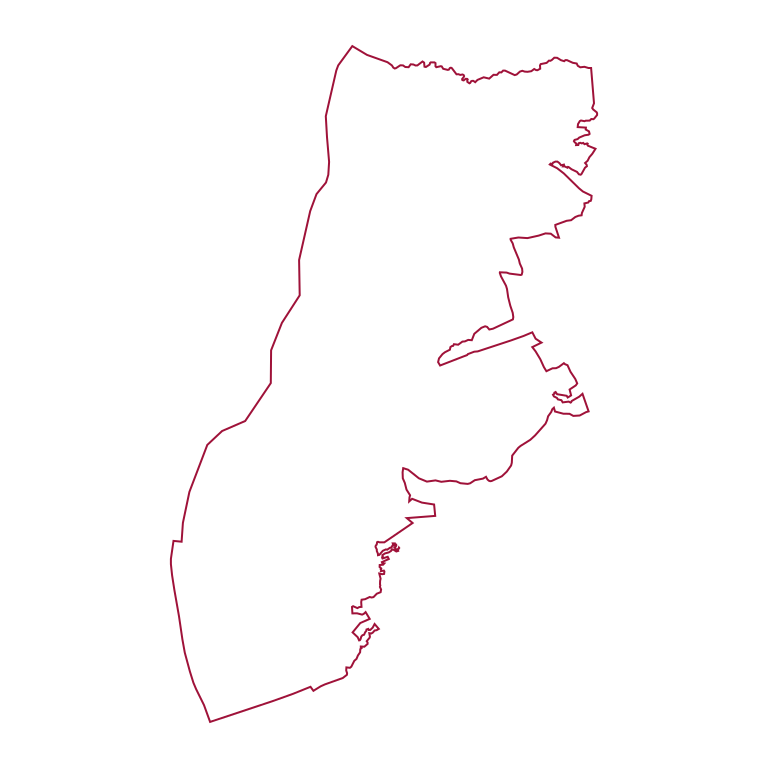 Galicea, Vâlcea, Romania (Albers equal-area conic projection)
{"feature_id": "2599482B8272038924488", "entity_name": "Galicea", "entity_type": "district", "adm_level": 2, "iso_a3": "ROU", "parent_name": "Romania", "parent_adm1": "Vâlcea", "projection": "albers", "projection_center": [24.314, 44.946], "detail": "fine", "context": "isolated", "style": "outline", "palette": "rose", "viewbox_px": 768, "rotation_deg": 0, "n_neighbors": 0, "source": "geoboundaries", "source_scale": "gbopen_adm2", "svg_char_len": 6031}
<svg xmlns="http://www.w3.org/2000/svg" viewBox="0 0 768 768"><path d="M378.8,628.9L374.6,624.0L372.7,627.6L370.3,629.9L368.8,630.0L368.3,628.9L366.5,629.5L366.3,630.9L365.1,632.3L364.1,634.7L362.5,635.2L361.3,636.5L360.6,639.0L359.9,640.2L359.1,640.4L357.7,637.2L352.6,632.4L360.3,623.0L369.7,618.9L365.6,612.1L363.7,613.9L362.1,614.6L357.0,613.3L352.4,613.4L352.0,606.9L353.1,606.2L357.4,608.1L359.2,607.1L361.5,606.9L361.2,602.1L361.6,599.7L365.1,599.2L369.7,597.0L371.6,597.5L373.5,597.1L376.8,593.7L380.6,592.2L381.1,589.5L379.9,586.9L380.3,585.3L380.0,584.4L380.1,580.9L380.6,578.7L379.3,573.6L382.2,574.2L384.1,573.9L384.4,571.4L383.9,570.6L381.0,571.1L381.3,570.2L380.7,569.2L381.2,568.4L379.6,567.0L379.7,565.0L383.1,564.7L384.3,563.4L382.3,563.1L381.9,562.1L388.8,559.0L387.7,556.8L382.5,558.5L382.1,557.7L382.2,557.0L382.8,556.6L382.4,555.1L385.0,553.4L388.8,552.4L391.1,550.9L391.5,549.9L393.4,549.6L396.3,551.5L398.2,550.9L397.9,549.9L399.2,548.0L398.9,547.6L398.5,548.8L396.3,549.7L394.5,547.4L395.7,546.7L396.3,545.5L396.2,544.8L395.4,545.1L394.9,543.4L392.8,543.4L393.6,545.4L393.1,545.6L392.8,545.0L392.6,545.7L391.7,546.5L391.6,547.7L389.9,547.8L387.2,549.7L385.9,549.4L382.8,550.8L379.3,554.9L378.0,555.2L377.9,553.6L376.8,551.0L376.8,549.5L375.5,546.8L375.8,545.5L376.7,544.6L377.1,542.2L378.0,541.8L379.4,542.3L384.4,542.3L412.6,523.0L406.8,518.1L435.2,515.9L434.1,504.5L421.9,502.6L412.1,498.8L409.2,501.4L409.5,497.3L410.1,495.3L406.5,489.6L404.8,482.9L402.8,478.3L402.6,472.2L403.2,468.2L408.1,469.7L418.9,478.3L426.9,481.6L435.5,480.4L441.3,481.8L449.9,480.8L456.4,481.4L460.4,483.2L467.7,483.9L470.1,483.3L474.8,480.2L483.0,478.6L486.0,476.8L487.4,479.4L488.8,480.7L490.2,481.2L491.6,481.0L501.8,476.3L506.8,471.6L511.1,465.5L511.8,462.8L512.2,455.6L518.3,447.8L520.6,445.9L530.3,439.8L535.1,435.4L545.5,423.7L547.1,420.1L548.1,416.3L551.2,412.0L552.3,409.2L553.9,407.7L555.0,411.5L563.3,413.7L569.5,413.8L573.3,415.9L579.7,415.5L586.1,412.1L588.6,411.4L582.5,393.8L579.2,396.7L571.7,401.0L571.1,402.3L570.6,402.6L568.7,401.6L562.7,402.4L561.4,400.2L557.9,399.4L556.9,397.9L553.9,396.4L553.0,394.7L554.4,393.7L554.4,392.6L555.6,392.0L557.1,394.2L566.7,395.8L567.7,397.5L568.9,396.8L571.1,395.4L569.6,389.5L575.8,385.4L577.2,383.4L575.3,379.0L570.5,371.8L567.5,365.2L565.0,364.2L563.9,363.2L558.9,366.9L556.0,368.2L552.5,368.3L546.4,371.2L543.9,367.1L540.3,359.2L535.6,351.4L532.3,347.1L541.5,342.6L535.6,338.7L532.3,332.3L523.5,336.0L510.8,340.5L477.7,351.4L474.2,351.7L467.9,354.1L467.2,355.0L440.1,365.5L438.1,362.1L439.0,358.4L442.5,354.1L445.0,352.2L449.9,349.7L450.4,347.1L451.8,346.1L453.2,345.8L453.9,344.2L458.2,344.7L462.4,341.6L464.9,341.4L468.2,339.9L471.8,340.2L474.3,333.8L481.4,327.8L485.1,326.3L487.1,326.9L489.3,329.5L493.0,328.7L512.9,319.4L513.3,317.1L512.7,312.8L510.3,305.7L508.2,297.3L507.0,289.0L506.0,285.7L501.0,276.4L499.8,272.9L499.9,272.3L506.7,272.6L509.5,273.6L520.8,275.0L521.7,274.6L522.4,271.9L522.1,268.6L519.8,263.5L518.9,259.6L513.8,247.4L512.7,243.4L510.6,239.7L510.6,238.8L518.4,237.5L527.5,238.1L538.7,235.6L545.5,233.4L550.8,233.7L555.6,237.4L559.0,237.7L555.4,226.8L555.3,224.9L566.6,220.8L571.1,220.2L575.3,217.0L578.6,215.7L581.6,215.3L581.9,213.0L584.7,206.8L584.4,203.4L588.3,202.5L589.1,201.1L590.7,200.9L591.3,199.3L591.6,195.8L582.9,191.5L579.0,188.3L563.8,173.4L557.1,168.2L549.8,164.5L550.6,163.6L552.3,164.1L553.0,162.7L555.4,161.6L557.4,161.6L559.4,163.1L561.1,165.3L563.9,164.6L564.0,165.1L563.2,166.4L564.7,166.4L567.4,167.7L567.9,166.9L568.5,167.0L571.6,169.3L577.0,171.9L578.9,174.3L580.7,174.7L581.5,174.0L585.0,167.7L586.9,166.2L586.6,164.7L585.1,163.0L587.6,160.8L589.4,157.2L592.3,153.8L595.5,148.8L587.9,145.7L587.3,144.7L587.7,143.7L587.2,143.4L584.5,144.2L583.2,142.9L581.8,143.4L580.3,142.8L578.8,143.2L578.3,145.0L576.1,145.1L576.4,143.6L574.7,142.3L573.9,141.1L574.6,139.9L577.6,139.1L579.2,137.6L584.6,135.3L588.6,134.7L589.6,133.9L589.0,131.4L585.7,129.5L585.9,127.6L577.7,127.1L578.0,124.1L579.8,121.1L581.0,120.5L584.5,121.2L585.7,120.7L589.7,120.6L591.3,119.0L593.4,119.2L594.2,118.6L597.1,115.0L597.1,113.2L596.7,112.3L593.1,109.4L592.2,108.0L594.0,103.3L591.1,68.0L588.5,68.0L584.4,66.8L580.3,67.3L577.8,65.8L576.7,63.5L572.8,62.8L566.9,60.1L565.4,60.1L564.2,61.2L561.0,60.2L557.1,57.8L554.3,57.7L551.8,60.0L550.4,60.8L549.0,60.6L546.6,62.9L540.7,64.1L540.0,65.4L540.2,68.7L537.5,70.2L536.1,70.1L534.2,69.0L531.3,71.2L527.5,71.8L524.7,71.6L522.3,70.8L519.9,71.6L516.7,74.5L514.7,75.1L505.0,70.6L503.1,70.6L501.4,72.4L499.3,72.3L496.9,74.9L493.5,74.8L489.2,78.6L483.7,77.3L477.5,79.9L475.2,82.2L473.4,80.9L472.0,80.9L471.2,81.2L470.2,82.9L469.4,83.3L467.4,81.9L467.2,80.7L467.7,79.4L467.2,78.9L465.7,78.8L463.7,80.4L462.4,80.1L462.1,79.1L464.0,76.6L464.1,76.0L463.6,75.0L462.6,74.5L460.3,74.9L458.4,74.2L456.5,74.3L451.8,68.1L450.9,67.7L449.8,68.1L448.9,69.6L447.8,69.9L443.2,68.8L441.7,66.4L440.7,66.2L436.3,67.2L435.5,66.3L435.5,63.1L434.5,62.4L430.7,62.4L430.1,62.9L429.6,64.6L425.9,67.0L424.5,66.7L424.1,62.6L422.5,61.5L417.4,65.4L415.5,65.5L413.4,64.5L410.7,64.3L408.6,67.2L405.3,67.0L403.0,65.4L400.3,65.3L395.9,68.2L394.7,68.5L393.3,67.6L391.9,65.4L387.5,62.2L367.0,54.9L352.3,46.1L338.2,65.4L336.3,70.5L325.8,116.2L327.0,137.1L329.1,161.9L328.3,174.8L326.0,182.5L316.5,194.1L310.2,211.1L299.1,260.0L299.7,295.3L281.9,322.9L271.1,350.3L270.8,383.1L245.2,421.0L222.1,431.0L207.3,444.9L189.4,491.9L182.9,522.9L181.6,541.7L173.5,540.9L170.9,558.9L170.9,564.1L172.1,575.4L174.4,590.1L179.0,616.3L182.4,639.4L184.8,652.7L189.9,671.5L193.4,682.7L196.1,689.1L204.0,705.1L210.1,721.9L272.1,701.3L293.1,693.8L310.5,686.8L313.4,690.8L320.7,686.3L324.9,684.4L342.8,678.0L346.9,674.8L347.1,673.2L346.2,670.5L346.4,667.4L349.9,667.8L351.3,666.7L354.3,660.8L356.5,658.9L357.9,655.5L360.1,652.3L360.3,649.1L361.5,648.1L360.8,647.4L360.8,646.5L364.4,646.7L367.6,643.9L367.6,642.5L366.7,641.2L369.7,637.6L369.9,636.5L369.3,633.2L371.3,633.5L372.8,632.6L374.6,630.5L376.6,630.2L378.8,628.9Z" fill="none" stroke="#9f1239" stroke-width="2"/></svg>